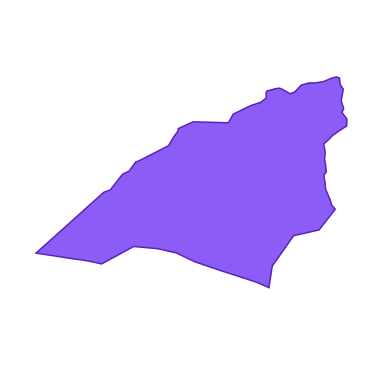 the district of Orelope, Oyo, Nigeria, rotated 85°
{"feature_id": "59680162B54897023187709", "entity_name": "Orelope", "entity_type": "district", "adm_level": 2, "iso_a3": "NGA", "parent_name": "Nigeria", "parent_adm1": "Oyo", "projection": "equal_earth", "projection_center": [3.737, 8.78], "detail": "fine", "context": "isolated", "style": "filled", "palette": "violet", "viewbox_px": 384, "rotation_deg": 85, "n_neighbors": 0, "source": "geoboundaries", "source_scale": "gbopen_adm2", "svg_char_len": 1117}
<svg xmlns="http://www.w3.org/2000/svg" viewBox="0 0 384 384"><g transform="rotate(85 192 192)"><path d="M93.5,65.4L95.0,73.7L101.3,81.0L102.7,85.6L98.2,92.1L96.2,95.6L96.3,99.6L97.2,103.9L97.8,108.3L99.6,109.6L104.8,109.8L106.9,113.0L108.6,115.8L110.8,125.0L112.7,130.5L118.0,144.1L126.2,149.7L122.2,184.8L127.6,200.1L130.4,200.8L135.6,205.5L142.5,210.5L143.7,211.1L156.8,243.4L156.9,245.2L165.6,252.7L168.3,259.7L182.4,272.9L182.9,273.4L184.6,279.9L239.3,352.7L248.9,313.4L249.7,309.0L252.9,297.2L255.8,288.4L241.2,254.8L245.4,231.6L251.2,213.3L261.6,195.6L273.1,169.6L282.0,148.5L287.8,135.1L291.9,127.4L294.0,123.7L272.8,118.5L244.3,94.5L243.9,91.0L242.4,79.9L240.8,68.7L221.7,50.8L217.2,53.9L216.6,54.2L212.6,54.8L200.8,58.7L193.9,58.6L190.3,59.0L187.0,59.2L184.8,57.5L183.7,56.4L181.9,56.5L175.4,56.6L170.7,57.1L165.6,56.0L160.8,56.0L155.9,56.7L154.1,54.5L151.1,50.6L148.0,47.1L146.3,44.2L144.2,40.8L142.2,37.0L139.8,32.2L132.8,31.3L125.7,35.7L122.3,33.6L114.0,35.4L102.8,32.3L97.8,35.1L91.3,35.1L90.0,37.9L90.6,42.4L93.5,51.4L94.1,60.8L93.5,65.4Z" fill="#8b5cf6" stroke="#5b21b6" stroke-width="1.5"/></g></svg>